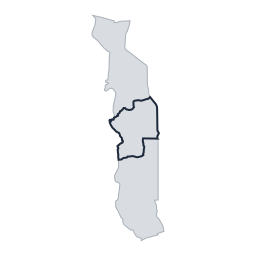 where Centre sits in Togo
{"feature_id": "TGO-89", "entity_name": "Centre", "entity_type": "Region", "adm_level": 1, "iso_a3": "TGO", "parent_name": "Togo", "parent_adm1": "", "projection": "natural_earth1", "projection_center": [0.902, 8.593], "detail": "fine", "context": "in_parent", "style": "outline", "palette": "slate", "viewbox_px": 256, "rotation_deg": 0, "n_neighbors": 0, "source": "natural_earth", "source_scale": "10m", "svg_char_len": 4372}
<svg xmlns="http://www.w3.org/2000/svg" viewBox="0 0 256 256"><path d="M130.1,20.8L129.1,25.7L127.1,31.6L125.8,33.5L124.8,48.0L125.5,49.3L125.9,49.6L132.3,54.5L140.7,61.0L146.7,65.5L147.2,67.0L147.3,76.6L147.3,84.8L148.6,89.5L148.8,94.0L150.3,97.4L155.8,104.1L157.1,108.0L157.2,120.5L157.4,130.0L158.1,142.9L158.1,153.7L158.1,167.3L158.1,183.3L158.1,200.0L154.5,200.2L156.4,205.4L156.8,210.0L157.3,211.6L156.3,213.8L157.1,217.3L158.7,218.6L162.7,225.5L164.0,231.4L157.6,233.4L158.0,234.9L146.0,238.1L141.2,240.6L141.1,238.1L139.4,237.7L137.2,236.9L135.9,235.6L134.0,232.6L133.4,230.3L130.6,229.9L127.1,227.3L123.8,224.4L122.7,221.4L123.0,220.0L122.5,218.6L121.3,218.1L118.3,211.4L116.5,208.7L115.6,206.5L115.9,204.8L115.5,202.6L116.1,200.8L117.7,199.7L118.2,198.3L118.4,195.5L119.3,189.7L119.9,184.0L118.2,182.4L116.1,182.0L115.0,180.3L114.6,177.7L114.7,175.3L118.7,167.2L117.9,148.5L118.5,145.6L120.3,143.7L121.9,141.4L121.9,139.1L119.2,133.5L114.0,129.3L111.4,125.8L110.0,122.7L109.8,121.0L112.9,118.6L114.2,116.9L114.4,114.9L113.1,111.4L113.4,105.0L114.6,100.3L115.8,94.2L115.7,92.4L112.7,88.7L111.0,88.2L109.7,88.5L106.6,90.9L105.4,91.1L104.7,90.4L104.4,89.4L105.5,88.0L105.1,86.2L106.0,84.6L108.0,83.9L108.6,83.1L105.9,82.4L105.6,81.3L105.8,80.3L106.6,80.1L107.4,80.1L107.9,79.4L108.3,74.2L108.6,72.4L109.0,68.8L109.4,54.8L110.0,53.3L110.1,52.3L108.2,51.6L103.8,47.9L101.2,45.0L98.9,42.0L97.0,40.1L93.2,37.1L92.1,35.2L92.0,33.3L93.1,29.5L94.9,25.4L95.8,19.6L95.3,18.1L92.8,15.4L101.6,17.4L114.1,20.9L114.3,21.5L114.4,22.6L116.6,22.5L120.2,21.3L130.1,20.8Z" fill="#d9dde1" stroke="#a8b0b8" stroke-width="1"/><path d="M113.2,119.7L113.7,119.5L113.8,118.9L113.8,118.2L114.0,117.6L115.1,117.3L115.9,116.9L116.7,116.1L116.9,116.0L117.5,116.0L117.8,115.9L118.0,115.7L118.1,115.4L118.1,115.1L118.0,114.9L117.9,114.8L117.8,114.7L117.8,114.4L117.8,114.2L118.0,114.0L119.6,112.8L119.7,112.6L119.8,112.4L119.8,112.1L119.9,111.9L120.0,111.4L120.1,111.2L120.4,111.1L121.0,110.9L121.3,110.8L121.7,110.3L121.8,110.2L122.0,109.9L122.8,109.3L123.0,109.0L123.2,108.8L123.2,108.6L123.3,108.3L123.4,108.2L123.6,108.0L123.8,108.0L124.1,108.1L124.3,108.1L124.7,108.1L125.2,108.1L125.4,108.2L125.5,108.4L125.6,108.6L125.7,108.9L125.8,109.0L127.0,109.6L127.7,109.6L128.0,109.7L128.6,110.0L128.8,110.0L129.1,110.0L129.3,110.0L130.8,109.7L131.5,109.6L131.8,109.5L132.1,109.2L132.7,108.7L133.2,108.1L133.8,107.4L134.0,107.2L134.0,106.9L133.6,105.9L133.5,105.4L133.5,103.7L133.4,102.9L133.4,102.4L133.5,101.9L133.7,101.4L133.8,101.2L134.0,101.0L135.3,100.6L138.2,100.2L138.8,100.2L140.7,100.7L141.2,100.7L141.9,100.6L147.2,98.9L147.9,99.0L148.6,98.5L150.1,97.1L150.4,97.5L153.4,101.2L155.8,104.1L156.6,105.7L156.9,106.8L157.1,108.0L157.2,113.6L157.3,118.5L157.3,122.7L157.4,128.7L157.4,130.0L157.5,130.5L157.6,131.0L158.6,132.5L158.8,132.9L158.7,133.7L157.4,136.1L157.3,136.5L157.3,137.3L157.1,138.4L157.3,138.6L143.1,138.4L143.1,138.6L143.1,138.8L142.9,139.2L142.9,139.4L142.8,141.4L142.9,141.7L142.9,141.9L143.2,142.5L143.2,142.8L143.3,143.3L143.3,143.6L143.4,144.0L143.4,144.3L143.4,145.0L143.4,145.3L143.5,145.5L143.7,145.8L144.0,146.1L144.1,146.3L144.1,146.6L144.2,146.8L144.2,147.7L144.1,148.0L143.9,148.7L143.9,149.2L143.8,150.1L143.7,151.1L143.7,152.2L143.7,152.4L143.6,152.7L143.1,153.9L143.0,154.1L143.0,154.3L143.1,154.5L143.3,154.8L143.3,155.0L143.2,155.0L142.1,156.0L140.9,156.4L137.6,157.2L136.9,157.2L136.3,157.1L135.8,157.0L135.4,156.8L135.0,156.6L133.4,156.3L133.0,156.1L132.4,156.1L128.7,156.6L128.2,156.6L127.8,156.5L127.6,156.5L127.2,157.2L127.1,157.3L126.9,157.4L126.5,157.6L123.4,158.0L123.1,158.2L122.5,158.7L122.2,158.9L121.9,159.2L121.3,159.5L119.4,159.7L118.6,159.8L118.2,156.9L118.3,155.2L118.3,154.3L117.9,152.7L117.8,150.6L117.6,149.5L117.8,149.1L118.1,148.9L118.3,148.3L118.2,147.7L117.9,147.3L117.6,146.9L117.5,146.5L117.5,145.9L117.7,145.7L118.0,145.7L118.3,145.5L119.6,144.2L120.3,143.7L122.0,142.8L122.6,142.4L122.9,141.7L122.7,140.6L122.6,140.4L122.1,140.3L122.0,140.2L121.9,140.0L122.0,139.5L121.9,138.9L121.9,138.4L121.8,137.9L120.3,136.5L119.8,134.8L119.2,133.1L116.6,131.8L115.6,130.9L114.7,129.9L114.0,129.1L112.5,127.8L111.0,125.4L109.8,122.6L109.6,120.9L109.5,120.3L109.8,119.9L110.3,119.8L110.7,120.0L111.1,121.0L111.5,120.5L111.8,119.7L111.6,119.6L112.0,119.4L112.3,119.5L112.7,119.6L113.2,119.7Z" fill="none" stroke="#1e293b" stroke-width="2"/></svg>